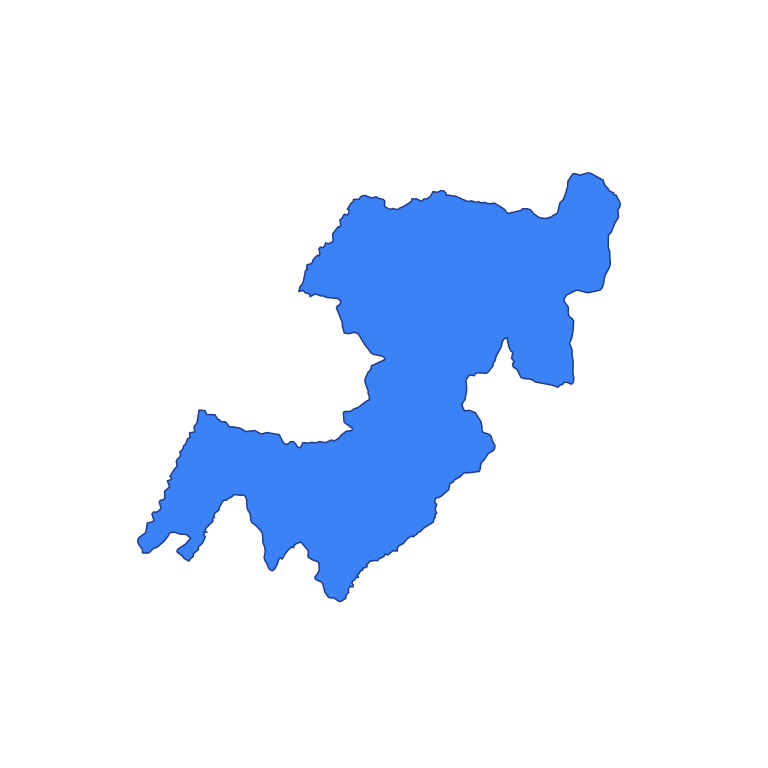 Coração de Jesus, Minas Gerais, Brazil, rotated 336°
{"feature_id": "56859067B17477073660102", "entity_name": "Coração de Jesus", "entity_type": "district", "adm_level": 2, "iso_a3": "BRA", "parent_name": "Brazil", "parent_adm1": "Minas Gerais", "projection": "orthographic", "projection_center": [-44.426, -16.615], "detail": "fine", "context": "isolated", "style": "filled", "palette": "blue", "viewbox_px": 768, "rotation_deg": 336, "n_neighbors": 0, "source": "geoboundaries", "source_scale": "gbopen_adm2", "svg_char_len": 6152}
<svg xmlns="http://www.w3.org/2000/svg" viewBox="0 0 768 768"><g transform="rotate(336 384 384)"><path d="M343.9,264.8L348.1,265.7L349.1,268.5L352.6,271.5L352.1,274.1L358.0,273.8L362.3,278.0L364.6,278.9L366.0,281.1L376.4,287.0L378.2,290.4L377.0,292.6L375.3,293.7L373.2,293.7L371.5,295.1L370.9,311.4L369.6,313.7L368.5,321.2L372.2,323.7L378.0,324.7L380.9,327.7L382.5,340.5L385.0,350.7L386.5,352.6L393.8,357.9L394.9,359.6L394.7,362.1L379.9,362.3L378.9,364.2L376.7,366.0L374.0,366.9L369.9,370.6L368.2,372.5L367.3,375.5L366.8,383.7L365.6,386.3L365.6,389.5L363.8,392.5L360.5,392.6L350.8,394.9L346.5,394.5L343.7,395.2L341.5,395.2L337.3,393.3L335.3,393.4L332.0,402.7L337.3,412.1L335.5,413.4L330.3,411.8L324.3,413.3L320.7,415.1L315.3,415.9L313.3,413.8L307.0,413.9L301.6,410.3L298.4,410.3L293.4,407.5L290.5,407.4L288.2,405.6L285.9,404.8L282.6,407.6L280.5,407.8L279.3,405.9L279.1,403.4L277.8,399.8L275.0,398.6L272.3,399.7L270.2,399.5L268.7,398.1L268.0,395.5L267.7,387.7L257.1,380.6L252.9,380.1L250.9,379.1L247.0,373.9L238.7,371.4L234.6,365.8L229.3,362.2L225.3,360.2L223.9,354.2L219.7,352.0L219.1,349.8L217.7,348.4L217.0,343.2L209.7,339.9L209.6,335.6L204.6,332.6L197.4,343.3L193.0,345.9L191.8,350.8L186.5,349.6L184.7,354.3L182.4,354.0L178.6,358.0L176.1,358.8L173.3,361.9L169.7,363.2L169.5,365.8L167.6,367.7L164.8,368.5L162.7,370.2L162.2,373.3L160.7,375.4L157.6,376.7L150.9,381.3L151.8,383.9L149.9,384.7L146.8,384.3L146.2,390.8L140.1,392.6L137.1,399.4L134.7,399.9L132.6,399.2L130.6,400.4L129.9,406.2L127.7,408.1L124.1,408.6L121.4,407.2L119.1,408.4L118.4,415.0L116.6,415.7L111.2,414.8L105.9,422.8L98.3,424.5L96.4,425.5L94.9,427.8L94.7,429.9L95.9,437.1L94.7,440.1L99.0,442.2L101.0,442.6L106.0,440.5L110.8,440.7L119.4,438.1L125.2,434.9L127.0,433.0L129.8,433.2L132.7,434.4L136.4,438.1L142.3,441.1L144.6,446.2L137.9,449.4L128.1,451.2L126.6,453.0L130.1,459.8L130.4,462.0L133.8,466.4L135.6,465.0L138.2,464.5L139.9,463.5L140.8,461.5L147.2,459.8L148.2,457.2L153.1,455.7L155.0,454.3L158.6,450.9L158.2,448.9L159.5,446.1L161.6,447.2L161.2,445.1L162.4,443.4L171.8,439.8L172.2,437.7L174.8,436.8L175.6,434.4L177.3,433.1L182.1,432.0L183.1,430.1L188.4,425.9L190.3,425.1L193.0,426.1L194.8,425.3L197.2,425.4L202.7,424.2L207.7,427.4L210.9,428.4L211.7,431.0L211.4,433.8L208.8,440.7L208.3,443.4L208.9,448.3L206.8,454.7L207.0,456.8L209.7,461.9L211.7,468.1L212.1,471.6L208.9,479.4L208.7,484.6L207.2,489.2L204.0,493.6L203.5,496.2L204.0,500.9L203.7,505.2L204.3,507.2L205.9,509.2L208.8,508.7L213.5,504.9L216.2,501.6L218.2,500.6L219.9,502.5L224.1,499.2L229.7,496.4L233.5,495.4L235.0,496.7L236.4,494.9L238.7,494.2L243.8,494.6L246.9,504.7L246.5,507.1L245.1,508.8L244.4,511.4L246.8,515.2L251.0,519.1L251.6,521.2L249.2,527.5L245.6,530.7L242.9,531.8L241.8,533.6L242.9,535.9L246.1,539.2L246.8,541.6L245.4,549.7L246.4,556.0L248.5,557.9L250.9,558.7L254.6,564.6L257.3,565.0L261.8,564.2L263.8,561.3L267.0,559.9L267.6,557.5L270.2,555.1L273.0,556.7L274.3,554.9L273.6,552.6L275.5,551.3L277.9,550.8L279.6,549.3L281.9,550.3L282.1,547.3L284.5,546.9L286.6,545.0L288.7,545.4L289.6,543.5L292.2,544.2L294.4,543.9L294.6,541.9L296.6,541.5L298.4,540.2L303.8,541.4L306.5,542.8L308.6,541.6L313.6,541.6L315.9,539.8L317.9,541.7L324.2,540.0L328.2,541.9L329.5,539.3L331.9,537.8L336.7,537.6L342.3,534.8L347.0,534.1L349.0,535.5L350.8,534.7L353.2,534.6L355.0,533.1L357.2,533.7L361.1,531.9L372.8,530.2L374.6,527.7L376.7,526.5L377.1,524.5L379.6,523.4L379.6,519.5L383.1,515.4L382.4,513.3L382.9,511.2L384.9,509.4L388.3,510.0L391.5,509.6L400.0,506.9L403.8,501.8L407.0,501.7L409.2,500.3L416.3,499.6L419.8,497.9L422.2,498.0L423.8,499.1L435.3,502.6L436.8,501.4L440.6,495.6L444.5,494.1L451.0,489.9L456.0,489.5L458.4,488.4L460.3,485.7L459.9,480.5L460.6,474.9L459.5,472.7L455.1,468.7L454.4,466.8L456.2,462.7L457.2,457.6L455.7,447.3L451.1,442.7L446.7,441.3L446.4,437.0L447.3,434.0L451.8,431.0L453.1,429.2L457.4,422.5L460.4,413.9L464.3,411.0L467.3,411.2L469.6,413.1L472.0,411.7L474.2,411.9L481.8,415.8L484.5,415.3L491.2,411.5L492.3,409.4L494.8,408.0L497.9,404.1L506.2,397.7L508.7,394.2L510.8,392.3L513.3,391.4L515.4,392.1L514.5,394.1L513.1,402.3L513.3,405.5L514.7,407.4L511.0,412.4L512.1,416.7L509.7,417.7L509.0,421.0L511.4,424.8L511.8,433.6L513.8,435.7L519.0,438.6L521.3,440.6L523.1,443.7L537.3,453.5L541.5,457.7L544.2,456.6L547.0,457.0L548.9,455.8L551.6,456.6L555.2,460.4L557.8,459.3L559.5,456.5L561.5,449.7L566.0,440.5L567.1,435.4L569.7,429.1L570.1,422.1L573.7,418.9L578.0,412.9L582.9,403.5L582.3,400.6L580.7,397.8L580.9,394.9L583.6,388.7L582.2,381.5L583.4,379.2L587.2,376.9L597.3,376.6L599.3,377.2L606.5,383.0L609.0,384.0L619.6,386.1L621.7,385.2L624.7,382.7L628.3,376.9L630.6,374.4L636.7,369.7L639.4,366.8L644.2,354.1L644.4,350.5L648.5,341.3L650.1,339.1L653.3,337.8L660.3,331.0L666.0,327.1L668.6,320.0L671.5,318.1L672.8,316.0L673.3,313.7L672.9,306.2L671.3,304.7L671.3,302.5L668.3,299.4L668.2,296.9L666.7,292.2L667.0,286.7L658.7,275.9L656.7,274.2L647.8,272.8L644.1,269.5L641.7,269.0L634.4,273.6L632.0,278.3L628.6,282.4L623.1,288.2L618.3,290.1L612.4,298.0L609.8,298.8L607.1,298.6L605.1,299.5L599.2,298.6L595.0,296.2L593.0,294.4L590.0,289.3L588.7,284.5L586.4,282.3L581.8,280.3L579.6,281.2L566.3,278.5L565.0,273.2L558.4,263.6L554.7,262.7L551.7,261.0L550.3,259.3L546.1,257.9L544.5,255.8L542.3,255.7L538.1,252.1L535.9,251.9L534.0,250.6L525.3,241.1L523.4,240.4L519.8,237.7L517.8,237.2L518.2,235.0L517.4,232.3L514.8,230.5L510.8,230.6L507.0,228.2L502.7,231.5L498.5,232.3L495.6,231.2L492.8,232.5L489.0,228.1L484.6,226.3L483.7,228.1L481.3,228.7L475.0,229.7L469.4,229.7L467.4,230.4L463.4,227.2L461.2,227.3L457.5,223.5L456.9,221.5L459.1,217.2L458.4,215.1L454.3,211.9L453.0,209.6L450.6,209.6L448.1,208.7L443.6,204.3L441.4,203.3L438.8,203.5L436.3,205.0L431.2,203.0L430.3,204.8L427.9,205.2L421.7,209.3L422.9,211.3L421.1,213.7L419.0,214.7L416.8,212.8L413.3,215.3L410.4,216.2L409.2,221.1L407.6,222.6L405.9,221.7L398.1,226.1L396.0,231.9L394.5,233.4L390.2,233.2L388.0,231.4L386.3,233.4L384.0,234.7L381.5,233.1L379.4,234.2L378.9,237.6L377.3,240.7L375.5,239.3L369.8,241.6L368.4,243.4L366.2,244.5L362.3,243.8L360.8,245.8L360.9,247.9L358.6,248.3L351.9,257.7L349.9,259.6L347.0,260.8L343.9,264.8Z" fill="#3b82f6" stroke="#1e3a8a" stroke-width="1.5"/></g></svg>